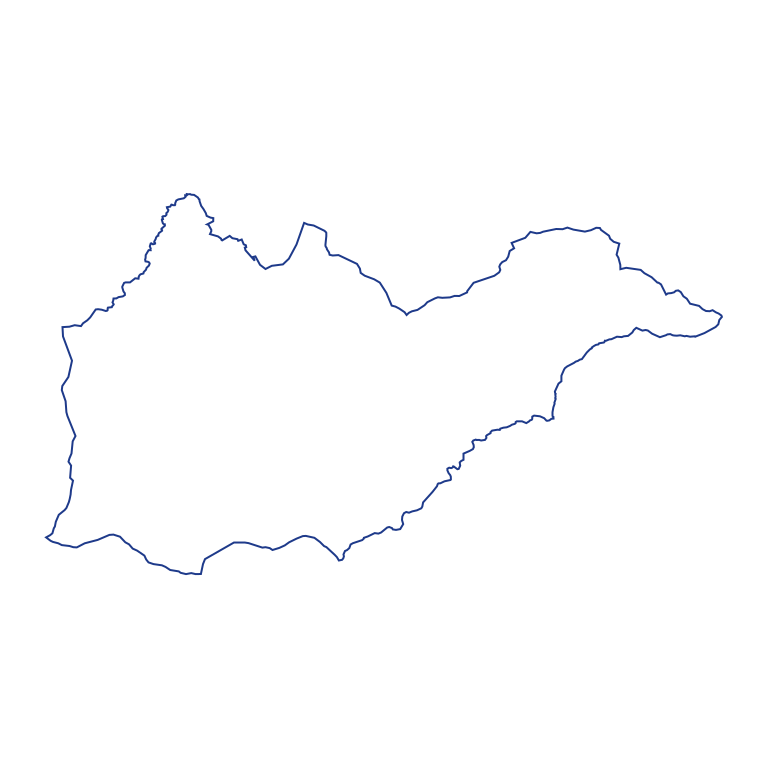 the district of Sinca Noua, Brasov, Romania
{"feature_id": "2599482B61334346881644", "entity_name": "Sinca Noua", "entity_type": "district", "adm_level": 2, "iso_a3": "ROU", "parent_name": "Romania", "parent_adm1": "Brasov", "projection": "robinson", "projection_center": [25.297, 45.691], "detail": "fine", "context": "isolated", "style": "outline", "palette": "blue", "viewbox_px": 768, "rotation_deg": 0, "n_neighbors": 0, "source": "geoboundaries", "source_scale": "gbopen_adm2", "svg_char_len": 6080}
<svg xmlns="http://www.w3.org/2000/svg" viewBox="0 0 768 768"><path d="M200.9,574.0L203.0,564.1L205.0,559.1L234.0,542.5L244.6,542.5L248.5,543.1L262.4,547.6L265.5,547.2L269.7,548.1L272.5,550.0L279.3,547.9L284.8,545.4L289.1,542.3L296.6,538.6L302.8,536.1L305.8,535.9L314.4,537.8L320.0,542.0L324.1,546.1L326.4,547.1L334.9,555.0L336.9,557.1L338.9,560.5L342.1,559.8L343.3,558.3L343.9,556.4L343.5,554.4L345.0,551.0L347.0,550.1L349.3,548.1L350.6,544.5L352.9,543.2L362.2,540.1L363.8,538.6L363.9,537.8L367.7,536.5L374.7,533.1L378.4,533.6L381.1,532.5L387.2,527.5L389.2,527.0L392.0,528.1L392.8,529.4L396.0,529.9L400.2,529.1L403.2,524.1L402.0,520.0L402.3,516.5L404.0,513.2L406.2,512.0L409.0,512.7L412.2,511.4L417.0,510.3L421.3,508.3L422.3,506.6L423.1,502.4L432.6,491.8L437.0,486.2L437.7,484.1L438.4,483.4L440.3,483.3L444.5,481.3L450.5,480.0L450.9,479.4L450.8,476.6L450.2,475.1L448.6,473.1L447.4,470.4L447.4,468.7L449.2,467.7L451.1,468.1L452.2,467.7L452.9,467.2L453.1,466.4L453.6,466.4L457.4,469.2L458.7,468.9L460.2,465.7L459.7,462.4L461.3,460.9L463.5,459.8L463.5,453.6L469.7,450.9L472.9,449.1L473.8,447.2L473.6,444.9L472.3,441.9L473.3,440.5L475.8,439.6L476.6,440.0L479.1,439.9L481.1,440.5L485.0,439.9L486.4,437.9L486.1,436.1L487.0,435.1L490.5,433.2L490.5,432.2L492.1,430.6L497.5,429.7L499.8,429.9L500.2,428.7L503.3,427.7L506.7,427.3L510.1,425.9L511.9,424.7L514.7,423.9L515.6,423.2L515.7,422.0L516.8,421.3L522.0,421.3L526.3,423.1L529.2,421.3L529.8,420.5L531.7,419.8L532.2,419.0L532.3,416.6L534.1,415.6L540.0,416.3L544.2,418.2L546.4,420.6L547.1,420.8L549.3,420.4L551.4,418.8L553.5,418.6L553.4,416.9L552.8,416.7L552.5,415.6L552.5,412.2L553.4,407.2L554.6,403.8L554.4,402.7L555.7,398.9L555.2,398.0L555.6,396.9L555.3,394.5L555.7,393.9L555.1,393.0L554.9,391.5L558.5,383.6L561.4,381.3L561.4,375.7L564.0,369.7L564.9,368.2L567.2,366.4L574.1,362.8L575.7,361.6L577.9,360.9L579.7,359.7L581.9,359.1L586.8,352.5L590.0,349.3L591.8,348.3L591.8,347.5L594.1,345.9L595.9,344.9L598.4,344.4L599.1,343.3L603.9,342.5L604.4,342.0L604.9,340.7L605.9,340.8L609.3,339.4L611.4,339.2L617.0,336.7L621.7,337.1L623.9,336.3L628.1,335.9L632.3,332.5L633.8,330.0L636.3,327.8L642.4,330.6L645.6,330.0L647.8,330.5L652.1,333.7L659.9,337.2L666.0,335.2L667.4,334.4L670.3,334.1L672.5,335.2L674.0,335.5L676.8,335.7L680.3,335.3L684.8,336.3L686.4,335.9L690.1,336.7L694.9,336.3L695.2,336.7L704.4,333.1L715.6,327.0L718.3,324.3L719.3,320.0L721.9,316.9L721.4,315.5L718.6,313.5L716.0,312.4L712.6,310.2L709.7,311.2L706.0,311.0L702.5,309.1L699.1,305.9L690.1,303.7L686.8,298.7L683.4,296.3L680.8,292.1L678.2,290.4L675.8,290.8L674.1,292.3L671.2,293.1L667.9,293.4L666.1,294.6L661.0,284.4L658.5,282.7L657.4,282.6L651.6,277.2L644.4,273.2L640.7,269.9L626.2,267.8L620.4,269.2L620.3,264.9L618.4,257.7L616.6,254.7L619.3,243.6L613.7,241.8L610.2,238.8L609.0,235.7L601.0,229.9L599.9,228.0L596.2,227.8L590.9,230.2L584.9,231.6L573.4,229.6L567.4,227.6L562.6,229.2L556.2,229.0L543.1,231.7L540.2,232.9L536.6,233.3L530.4,231.9L525.3,237.8L511.6,242.9L514.1,248.3L509.7,251.0L508.2,256.7L506.0,260.2L502.2,262.1L500.2,264.4L499.3,266.7L500.3,269.9L499.2,272.3L494.3,275.8L473.6,282.8L467.2,291.2L467.1,292.4L459.3,296.0L454.6,295.9L450.0,297.4L442.3,297.8L437.9,297.3L434.9,298.4L427.3,302.2L424.6,305.2L417.5,309.9L411.9,311.3L408.9,312.8L406.6,315.0L404.6,312.2L399.3,308.6L395.5,306.6L391.7,305.6L386.4,292.9L379.8,282.6L374.2,279.3L364.7,275.7L360.7,272.9L359.9,268.6L357.0,263.9L338.5,255.1L332.7,255.5L329.6,254.8L329.0,252.4L326.9,249.2L326.8,248.3L325.6,246.4L325.4,245.1L326.3,236.2L326.3,233.1L326.2,232.5L324.5,230.8L313.7,225.5L307.8,224.5L304.1,222.9L296.5,244.5L288.9,258.7L282.9,264.4L271.8,265.8L265.5,269.0L260.0,264.8L255.4,256.4L253.3,256.9L254.7,260.7L245.5,250.3L244.8,247.6L246.2,247.2L245.9,245.3L243.7,244.3L241.7,239.5L238.2,240.8L237.5,239.2L232.4,238.2L229.7,235.9L222.2,240.4L221.6,240.1L221.0,238.6L218.0,236.4L210.0,234.1L211.3,231.2L211.3,229.8L208.5,224.8L207.2,224.4L213.2,221.3L213.3,218.1L210.5,217.6L206.7,215.9L205.8,213.1L203.5,209.1L201.2,205.9L199.6,201.3L199.4,199.4L198.9,199.2L197.9,197.5L194.1,194.9L191.2,194.7L190.1,194.1L188.3,194.3L185.8,193.9L187.0,194.6L187.0,195.1L186.2,195.8L185.2,195.5L185.4,197.0L183.8,198.3L178.3,199.4L176.3,200.5L175.2,203.2L175.2,204.8L174.9,205.2L173.0,205.2L171.7,204.6L171.3,204.7L170.3,206.6L166.9,207.2L167.2,208.4L168.3,209.7L168.3,210.5L167.5,212.1L166.3,213.2L166.5,214.7L166.0,215.3L165.2,216.1L163.1,216.2L162.4,216.7L163.0,219.1L162.0,219.3L161.8,219.8L162.9,223.4L164.1,224.3L164.8,224.3L164.9,225.7L161.5,228.7L161.4,229.2L162.1,230.1L162.1,230.7L158.9,233.1L158.1,235.1L158.3,235.7L156.8,236.4L156.0,237.7L155.7,239.0L154.3,241.5L154.2,242.1L155.1,243.0L155.1,243.6L153.5,244.2L152.6,244.2L151.4,243.3L150.7,243.5L149.8,246.3L150.7,248.5L150.4,249.3L150.6,250.2L148.6,250.2L145.7,255.1L145.6,258.0L145.1,259.6L145.5,261.4L148.0,261.8L149.2,262.5L149.7,263.6L148.9,265.6L146.6,267.8L146.0,269.7L143.7,272.1L143.4,273.5L140.5,274.3L139.5,275.3L138.8,276.5L138.5,278.7L135.2,278.3L130.0,282.4L125.6,282.4L124.1,282.9L122.3,286.6L122.3,287.5L123.5,291.5L124.8,293.2L124.9,295.0L122.8,296.4L118.6,297.1L116.4,298.4L113.5,298.5L113.2,300.7L112.5,302.4L113.7,304.3L113.3,305.0L112.2,306.2L111.8,307.2L108.0,307.6L107.7,308.1L107.6,310.2L107.1,310.7L105.8,311.0L101.7,309.7L98.0,309.2L95.7,309.5L90.2,317.4L87.3,320.3L83.0,323.3L81.0,326.1L74.7,325.2L69.4,326.7L62.5,327.1L63.0,336.4L72.0,360.7L68.4,377.0L62.3,386.0L61.8,390.1L65.6,401.2L66.4,412.2L67.4,415.9L75.5,436.0L72.7,441.3L71.5,453.5L69.5,458.2L68.5,461.7L71.1,465.6L70.1,477.8L73.0,480.6L71.0,490.0L70.6,494.6L69.7,499.0L68.9,502.0L66.4,508.0L64.6,510.1L58.8,514.8L55.8,521.8L54.9,526.5L53.8,528.3L52.4,533.3L50.1,535.2L46.1,537.4L50.6,540.8L52.9,541.9L58.3,543.3L61.8,545.1L69.5,546.0L73.3,547.2L76.8,547.4L84.7,543.3L97.7,539.9L109.4,534.9L113.4,534.6L120.0,536.7L125.3,542.3L129.0,544.3L132.7,548.6L137.1,550.6L144.4,555.6L146.2,559.5L148.5,562.4L153.5,564.1L161.9,565.3L165.5,566.9L170.2,570.0L178.8,571.4L180.6,572.8L186.0,574.1L191.3,573.1L195.6,574.1L200.9,574.0Z" fill="none" stroke="#1e3a8a" stroke-width="2"/></svg>